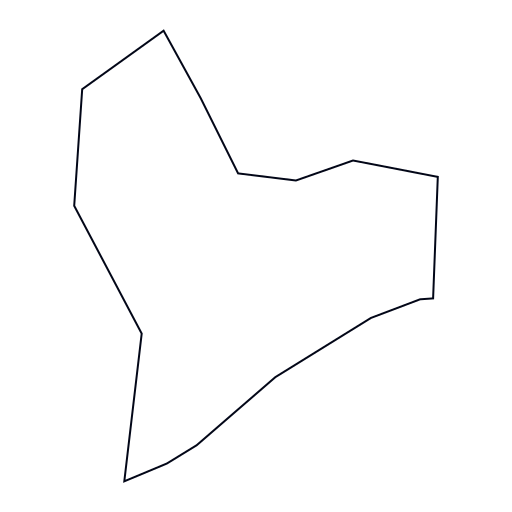 the border of Distrito Nacional
{"feature_id": "DOM-1985", "entity_name": "Distrito Nacional", "entity_type": "National District", "adm_level": 1, "iso_a3": "DOM", "parent_name": "Dominican Republic", "parent_adm1": "", "projection": "equal_earth", "projection_center": [-69.937, 18.482], "detail": "fine", "context": "isolated", "style": "outline", "palette": "ink", "viewbox_px": 512, "rotation_deg": 0, "n_neighbors": 0, "source": "natural_earth", "source_scale": "10m", "svg_char_len": 326}
<svg xmlns="http://www.w3.org/2000/svg" viewBox="0 0 512 512"><path d="M433.1,298.4L420.1,299.3L371.0,317.9L275.4,377.1L196.7,445.2L166.9,463.5L124.3,481.3L141.7,333.6L74.2,205.8L82.2,89.2L163.6,30.7L200.7,98.2L238.1,173.4L295.9,180.5L353.0,160.5L437.8,176.9L433.1,298.4Z" fill="none" stroke="#020617" stroke-width="2"/></svg>